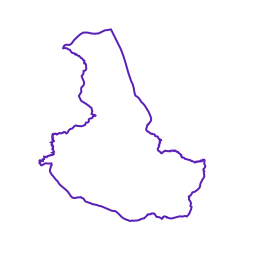 outline of Si Mueang Mai, Ubon Ratchathani, Thailand, rotated 290°
{"feature_id": "78962969B56370266169267", "entity_name": "Si Mueang Mai", "entity_type": "district", "adm_level": 2, "iso_a3": "THA", "parent_name": "Thailand", "parent_adm1": "Ubon Ratchathani", "projection": "natural_earth1", "projection_center": [105.345, 15.559], "detail": "fine", "context": "isolated", "style": "outline", "palette": "violet", "viewbox_px": 256, "rotation_deg": 290, "n_neighbors": 0, "source": "geoboundaries", "source_scale": "gbopen_adm2", "svg_char_len": 5603}
<svg xmlns="http://www.w3.org/2000/svg" viewBox="0 0 256 256"><g transform="rotate(290 128 128)"><path d="M214.8,78.3L211.7,72.7L207.0,68.2L205.9,66.0L205.2,64.5L204.2,60.7L204.1,58.9L203.6,56.6L202.3,53.2L199.5,51.0L197.2,49.7L192.0,47.2L188.1,46.1L186.4,45.0L186.0,44.5L185.2,41.7L184.8,41.0L184.3,40.5L182.9,39.7L180.8,39.8L180.9,40.3L181.7,41.1L181.6,42.0L182.0,43.5L181.5,44.9L181.6,46.5L181.2,47.3L180.3,48.1L179.5,50.0L179.8,52.1L179.5,52.9L179.3,53.0L179.6,53.5L179.3,53.8L179.4,54.2L179.1,54.2L179.2,55.0L178.9,56.1L179.0,57.4L178.6,57.6L178.6,58.4L178.3,59.0L178.0,59.2L177.6,60.1L177.7,61.1L177.0,62.1L176.4,62.7L176.3,63.1L176.5,63.5L176.2,64.1L175.1,64.3L174.9,64.6L174.5,64.3L174.0,64.4L173.6,65.0L173.9,65.5L173.8,66.1L173.1,66.9L169.1,68.6L168.0,68.4L167.2,68.0L166.7,67.0L166.4,66.7L165.2,67.2L163.2,67.5L161.1,66.7L160.6,66.8L156.9,70.3L155.7,71.2L154.7,71.5L152.7,71.6L151.7,71.2L150.3,70.4L149.5,70.4L147.9,70.9L146.0,71.8L141.5,70.9L141.1,71.0L137.8,74.4L137.5,74.9L136.3,80.7L135.8,82.0L135.5,83.8L134.9,84.7L134.4,86.8L131.6,88.6L128.7,89.0L128.6,90.0L128.8,92.5L128.5,93.2L128.1,93.0L127.3,91.2L125.1,90.9L123.4,88.5L122.7,88.2L120.9,88.9L119.9,88.7L119.3,88.1L118.8,86.8L118.6,86.6L116.2,86.6L113.8,83.9L112.6,79.6L112.7,78.9L112.5,78.0L111.3,77.0L108.3,75.7L107.4,74.2L106.3,73.5L105.3,73.1L102.8,72.7L101.9,72.1L101.9,71.4L102.5,70.3L102.4,69.3L102.1,68.9L101.3,68.6L101.0,67.9L100.1,67.2L99.9,66.3L99.9,65.1L99.2,64.8L97.8,63.6L98.0,63.3L98.0,62.9L97.7,62.8L98.0,62.0L97.0,60.8L97.1,60.4L97.0,59.7L96.4,59.3L95.6,59.4L95.0,60.0L94.5,59.6L93.9,60.0L93.5,59.9L93.3,60.6L92.8,61.1L92.0,60.7L91.8,61.1L91.4,60.9L90.8,61.5L90.9,62.3L90.5,62.9L89.7,62.5L89.5,62.0L89.4,62.1L88.9,61.6L88.6,61.6L88.6,61.1L88.2,60.8L88.2,61.2L87.6,61.6L87.1,62.0L86.4,61.8L86.2,62.2L85.5,62.5L85.7,63.1L85.4,63.1L85.3,63.4L85.0,63.5L85.0,64.0L84.4,64.2L84.1,63.9L83.5,64.5L82.3,64.1L82.0,65.1L80.9,65.8L80.3,66.7L79.6,66.1L79.6,66.5L79.3,65.9L79.0,66.0L78.9,65.8L78.8,66.2L78.9,66.4L78.3,66.6L78.4,66.9L78.2,67.1L77.9,66.7L77.5,66.7L77.4,66.4L77.1,66.0L76.8,66.1L76.7,65.7L76.4,65.5L76.1,65.1L76.2,64.7L75.9,64.1L75.1,63.6L74.4,62.4L73.9,62.1L73.5,62.1L72.8,61.5L73.0,61.1L72.7,60.8L72.7,60.3L72.4,60.4L72.2,59.9L71.6,59.4L71.7,59.2L70.0,59.7L69.7,59.2L69.3,59.0L69.2,58.6L68.1,59.2L68.1,58.8L67.8,58.8L67.6,58.4L67.8,58.0L67.3,57.7L67.6,57.4L67.6,57.1L67.3,57.2L67.3,56.4L66.9,56.5L66.8,56.3L66.6,56.5L65.7,56.6L65.4,56.9L64.9,56.7L64.4,57.8L63.4,58.7L63.3,59.4L64.5,60.8L65.7,61.6L66.5,62.4L67.8,66.6L68.5,68.1L67.1,69.0L66.0,68.5L64.5,68.9L62.4,68.9L61.1,69.2L60.4,69.6L58.2,72.0L57.5,73.5L54.8,77.9L54.0,79.8L51.6,83.0L50.7,85.1L49.0,90.0L47.6,93.2L44.4,97.7L43.7,99.2L43.6,100.7L44.0,101.9L45.9,105.0L46.2,106.2L46.9,107.2L46.7,107.5L46.7,108.2L46.4,108.6L46.5,109.7L46.3,110.5L45.8,111.3L44.7,112.4L44.4,114.0L44.5,118.1L44.3,120.8L45.0,124.4L45.0,127.6L45.3,129.9L44.7,141.0L45.5,144.6L44.9,146.9L42.1,152.8L41.6,154.6L41.3,158.0L41.4,160.5L41.2,161.7L42.2,163.0L43.0,165.6L43.5,166.4L44.0,167.8L45.4,170.1L46.3,170.7L46.4,171.1L46.9,171.4L48.2,173.2L48.4,173.9L51.8,175.6L53.1,175.9L53.2,176.4L53.6,176.4L54.0,176.8L54.3,177.8L54.9,178.5L54.8,178.9L55.3,179.3L55.5,179.2L56.0,179.8L56.3,181.5L56.5,181.6L56.3,182.5L54.4,185.0L54.2,185.6L54.7,186.7L54.8,188.3L54.6,189.8L54.2,190.9L55.2,191.4L56.4,191.4L57.5,192.6L57.5,194.3L57.2,194.9L57.6,195.1L57.3,196.5L57.4,198.4L58.0,200.1L62.3,206.2L62.9,207.3L63.4,209.5L64.9,211.6L65.0,213.0L64.9,213.4L66.8,214.4L68.3,214.6L68.7,215.0L70.9,214.9L73.0,215.1L75.6,214.7L75.9,213.4L76.9,213.1L78.7,213.1L80.4,211.6L81.7,209.7L83.7,209.3L84.1,208.6L84.5,208.6L86.2,210.0L89.6,210.6L90.4,211.9L91.3,212.8L93.9,214.5L96.2,215.6L97.7,215.7L99.7,215.2L101.5,215.1L103.3,215.5L104.5,215.4L106.0,216.0L108.7,216.3L112.4,214.3L113.4,214.5L113.6,213.8L114.3,213.2L115.0,213.3L115.4,213.0L116.3,213.5L118.0,213.8L118.8,213.5L120.5,211.9L124.0,210.9L124.2,210.6L123.9,209.4L123.6,209.4L123.5,209.1L123.1,209.2L122.6,208.5L122.2,208.6L122.2,208.1L121.9,208.3L121.6,208.0L121.3,206.6L120.7,206.2L120.8,205.7L120.4,205.3L120.2,204.6L119.9,204.2L119.9,203.9L119.7,203.6L119.4,203.8L119.3,203.5L118.7,203.0L118.4,202.5L118.7,201.7L118.9,200.3L118.6,198.9L119.0,198.1L118.9,197.8L119.2,196.7L118.7,195.7L118.8,193.9L118.5,192.5L118.7,191.6L119.0,191.3L119.2,190.7L119.2,190.2L118.9,189.5L119.1,189.2L118.9,188.6L119.6,188.2L120.0,187.3L120.9,187.2L120.9,186.8L121.8,185.0L121.8,184.1L122.3,183.7L122.6,183.0L122.6,182.5L122.3,182.4L122.5,181.5L122.8,180.8L122.7,180.2L122.9,179.8L122.2,179.4L122.3,179.0L122.1,178.8L122.3,178.3L121.8,177.5L121.7,176.5L121.1,175.9L120.7,175.9L120.7,175.5L120.5,174.8L120.1,174.5L119.5,171.6L119.3,171.4L119.4,170.7L118.9,170.5L117.9,169.4L116.0,168.5L115.8,168.2L115.7,167.8L116.0,167.2L116.5,166.6L116.9,164.8L117.2,164.1L118.1,163.1L121.8,163.5L122.1,163.4L122.4,162.9L122.7,163.1L123.7,162.8L124.1,163.1L124.7,162.9L125.1,163.1L126.0,162.7L126.2,162.3L126.9,162.4L127.0,162.7L127.8,163.3L128.2,162.8L128.3,161.2L128.2,160.8L129.9,159.1L130.1,158.6L129.8,157.5L130.0,156.6L129.9,156.2L130.4,155.9L131.1,154.7L130.7,153.3L130.8,152.2L130.6,152.1L130.5,151.2L131.5,148.6L131.3,147.7L131.7,147.2L131.9,146.4L132.8,145.6L133.4,145.4L136.6,145.3L137.3,145.1L137.7,145.2L138.3,145.8L138.7,145.8L138.6,146.0L141.7,146.9L143.0,147.0L145.2,146.4L150.0,142.1L154.6,136.4L155.9,134.2L157.2,131.3L158.7,129.6L158.8,129.2L159.1,128.9L159.5,128.3L160.5,126.1L160.7,124.7L161.4,123.4L165.6,120.7L166.8,120.2L171.0,117.3L172.6,115.4L180.0,109.4L187.7,103.9L194.8,98.5L199.8,94.1L214.8,78.3Z" fill="none" stroke="#5b21b6" stroke-width="2"/></g></svg>